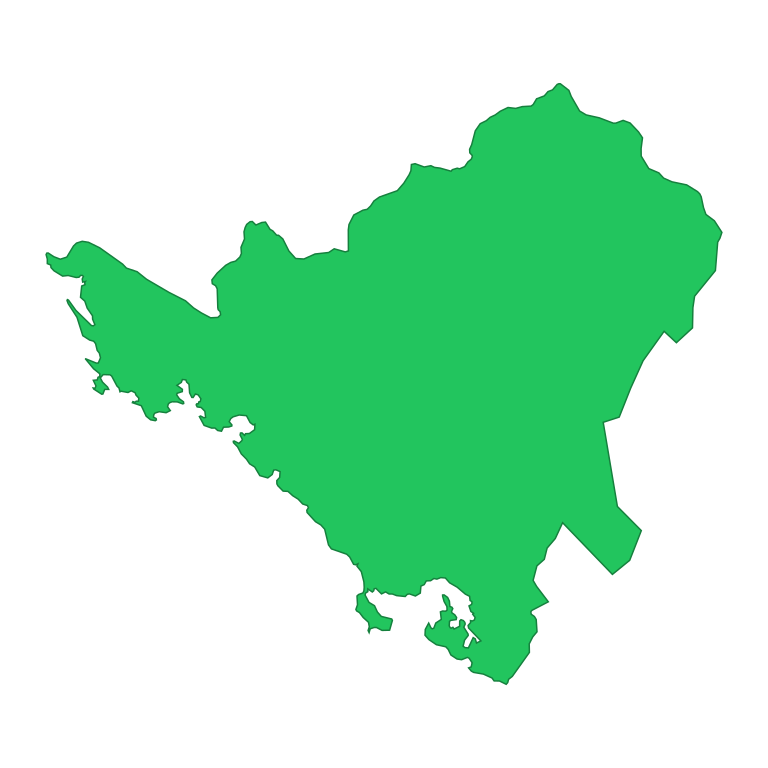 outline of Moho, Puno, Peru
{"feature_id": "86281439B65851578200644", "entity_name": "Moho", "entity_type": "district", "adm_level": 2, "iso_a3": "PER", "parent_name": "Peru", "parent_adm1": "Puno", "projection": "natural_earth1", "projection_center": [-69.471, -15.35], "detail": "fine", "context": "isolated", "style": "filled", "palette": "green", "viewbox_px": 768, "rotation_deg": 0, "n_neighbors": 0, "source": "geoboundaries", "source_scale": "gbopen_adm2", "svg_char_len": 6060}
<svg xmlns="http://www.w3.org/2000/svg" viewBox="0 0 768 768"><path d="M66.8,257.1L60.3,259.2L53.8,256.7L48.2,253.0L46.8,253.1L46.1,254.6L47.3,259.0L47.3,263.6L50.7,265.0L51.0,267.6L54.0,270.8L62.6,276.1L68.2,275.5L76.2,277.5L79.0,277.2L80.6,275.4L82.4,275.4L83.4,276.5L82.2,279.0L82.7,282.1L85.4,281.5L84.7,282.5L85.0,284.7L81.7,286.0L80.5,297.3L84.8,301.1L87.2,308.1L92.5,315.8L92.6,319.2L94.9,324.7L93.2,325.9L91.4,325.5L75.9,310.4L68.5,300.1L67.4,299.6L67.0,300.5L68.2,303.7L77.0,317.3L82.8,335.7L89.7,340.1L93.7,341.2L95.6,343.7L97.2,350.4L99.3,353.0L100.5,357.8L98.3,363.0L96.3,363.1L85.2,358.6L93.6,368.8L99.8,373.8L99.8,376.5L98.0,377.3L97.3,379.9L93.3,380.3L96.0,386.0L95.0,388.3L93.2,388.0L93.7,389.0L101.7,394.2L102.9,394.0L104.7,389.4L108.7,389.4L107.6,387.1L102.5,382.1L100.3,377.9L103.2,374.6L110.0,374.8L111.7,376.1L117.0,386.1L119.0,388.0L120.0,391.8L121.1,391.2L128.0,392.5L131.2,390.8L135.1,392.7L136.0,395.1L138.8,398.1L138.4,401.2L136.2,401.2L135.1,402.3L132.9,401.6L132.4,402.7L141.3,405.7L146.2,416.2L150.6,419.8L155.3,420.7L156.4,419.9L156.1,418.5L153.5,417.2L153.8,414.6L154.9,413.1L159.2,411.7L166.1,412.7L170.3,410.6L167.6,406.8L168.2,404.2L169.5,402.8L172.0,401.8L177.3,401.9L182.8,403.9L183.7,403.5L183.5,401.8L179.4,398.8L176.7,394.9L177.1,393.3L182.3,391.6L182.4,389.3L176.9,385.3L181.3,382.4L182.4,379.5L185.9,379.9L186.6,382.0L189.0,384.3L189.6,392.8L191.8,397.4L193.1,397.5L195.4,394.0L198.2,394.9L200.9,398.8L200.2,401.6L198.8,401.9L198.4,403.7L196.6,403.9L196.2,404.9L197.2,406.9L201.2,407.5L204.9,411.3L205.6,417.4L204.0,417.8L200.6,416.0L199.4,416.6L204.1,425.4L211.7,428.1L214.9,428.0L217.7,430.5L221.5,431.2L223.5,427.2L228.8,427.0L231.8,426.0L231.9,424.9L229.2,421.7L230.8,418.5L233.2,416.8L239.2,415.0L246.5,415.7L250.1,422.5L253.2,424.9L254.9,424.2L254.6,429.7L249.4,433.5L245.5,433.7L244.6,435.4L242.0,432.9L240.5,433.0L240.1,435.0L242.3,439.3L241.9,440.6L238.9,443.4L234.2,441.0L233.3,441.3L233.5,442.7L237.6,446.9L241.3,453.9L246.5,459.2L249.6,463.8L254.7,467.0L259.8,475.6L267.8,477.9L272.2,474.5L273.7,470.1L275.9,469.8L280.1,471.6L279.7,477.4L276.8,480.6L276.9,483.9L277.9,485.8L283.1,491.1L288.0,491.4L292.7,495.7L298.1,499.1L302.7,504.0L307.5,505.6L308.4,507.8L306.8,510.2L307.1,512.5L315.5,521.7L320.8,524.9L324.7,529.2L328.5,544.9L331.4,548.9L346.7,554.2L349.7,557.0L353.6,564.3L355.8,564.8L357.9,563.8L357.0,566.2L361.3,571.6L363.9,581.9L364.2,587.3L363.9,590.9L362.9,593.0L358.6,594.5L357.0,596.0L357.5,604.8L355.9,609.4L356.6,610.9L359.5,612.6L363.2,617.5L368.5,622.3L369.3,626.8L368.1,630.5L369.1,632.6L370.2,628.8L374.1,627.5L376.5,627.5L382.1,630.4L389.6,630.2L392.4,620.4L391.7,619.0L381.3,616.4L377.4,612.0L374.5,605.7L369.0,602.4L365.1,595.1L365.5,593.1L367.8,591.7L367.8,588.9L372.3,592.0L373.7,590.8L374.2,588.7L376.0,588.4L381.5,593.9L385.6,591.9L389.1,594.0L392.4,594.0L396.6,595.6L405.2,596.5L407.3,594.3L409.4,593.9L415.4,596.0L420.3,593.1L420.9,586.1L424.2,584.6L426.3,580.9L430.6,580.7L433.9,578.5L436.9,579.1L440.7,577.6L445.4,578.0L449.6,582.8L457.2,587.2L465.3,594.1L469.6,596.3L470.1,600.5L471.8,601.6L472.0,603.1L471.5,604.5L469.0,605.9L470.9,611.5L473.6,613.3L472.7,614.2L475.1,617.4L474.4,620.0L472.3,621.0L470.5,620.6L470.6,622.6L468.1,625.5L468.6,628.0L480.9,640.9L476.5,643.0L475.3,638.9L473.2,637.6L468.4,647.9L465.0,647.6L463.1,646.2L464.6,640.1L468.2,635.5L468.1,634.1L463.8,627.2L465.2,624.0L464.8,622.3L463.4,620.6L461.0,619.7L459.7,621.0L459.6,626.3L454.1,629.0L452.9,627.3L451.1,628.2L450.2,627.7L449.2,625.8L449.5,621.4L450.7,620.4L456.2,619.6L456.6,617.5L454.8,614.8L451.9,612.8L451.6,611.2L452.8,608.6L451.9,607.2L449.9,606.5L449.4,601.1L447.6,597.4L444.1,594.9L442.6,595.0L442.6,596.1L444.1,601.5L446.9,606.5L447.1,610.0L445.7,611.2L442.6,611.0L440.4,611.9L441.3,619.4L435.8,623.0L433.8,628.2L432.2,628.8L431.0,627.9L428.7,623.1L425.3,629.4L425.0,635.2L428.9,639.6L436.4,644.7L445.8,646.8L448.2,649.4L450.9,655.0L457.0,659.0L461.6,659.7L467.4,657.4L469.1,658.2L472.1,662.7L471.2,666.9L468.6,667.9L471.3,671.1L473.6,672.4L483.4,674.1L492.0,678.0L494.1,680.9L499.5,681.0L506.2,684.3L507.7,682.6L508.6,679.3L512.3,676.4L529.4,652.4L529.2,643.9L532.8,636.8L537.0,631.8L536.2,619.5L534.4,616.5L531.2,614.2L530.8,611.7L532.0,610.3L548.3,601.8L536.6,586.4L533.1,580.4L536.9,565.9L544.3,559.3L547.1,548.1L555.3,538.5L562.6,522.7L612.4,574.4L629.7,560.3L641.3,530.6L617.4,506.5L603.2,422.3L619.2,417.1L630.7,388.1L643.1,360.7L664.1,331.3L676.4,342.7L692.5,327.9L692.9,307.7L694.6,296.2L715.4,270.6L717.7,242.1L719.9,238.3L721.9,232.4L714.4,220.8L705.9,214.4L703.5,207.6L701.2,196.8L699.8,193.9L697.5,191.6L686.7,184.9L671.9,181.8L663.6,178.1L658.9,172.9L648.8,168.6L641.2,156.1L641.1,148.6L642.5,137.8L638.5,131.9L630.1,123.0L623.1,120.4L615.9,123.1L613.4,123.2L599.2,117.8L586.1,114.9L579.6,111.0L571.2,96.4L568.9,90.4L560.4,83.8L559.0,83.7L557.2,84.4L552.5,89.9L548.0,91.6L544.3,95.9L536.6,98.8L533.2,104.5L531.1,106.1L522.3,106.6L515.7,108.4L508.0,107.5L500.3,111.2L495.1,115.0L490.2,117.3L486.3,120.7L480.2,123.7L475.3,130.8L471.7,144.6L469.6,149.3L469.8,152.8L472.2,155.5L472.2,157.0L471.2,159.3L468.1,161.7L464.7,166.6L459.6,168.8L457.2,168.2L452.3,169.7L451.1,171.2L440.1,168.1L434.5,167.4L430.9,165.7L424.2,167.0L415.1,163.7L411.4,164.5L410.9,170.8L409.1,174.8L403.8,183.2L397.3,190.7L379.5,197.0L374.0,200.9L370.6,206.0L367.2,209.3L362.9,210.2L353.8,215.0L349.0,224.5L348.3,229.8L348.4,250.9L345.3,251.9L334.2,248.8L328.7,252.5L315.0,254.0L303.9,259.0L295.6,258.5L288.9,251.0L282.8,238.9L278.6,235.3L276.6,235.2L272.8,230.9L270.0,229.3L265.5,222.1L261.8,222.5L255.9,225.0L252.3,221.5L250.1,221.7L246.7,224.4L245.2,227.4L244.0,231.8L244.5,239.0L241.0,247.3L241.4,253.5L239.9,257.0L235.6,261.1L230.8,262.4L225.7,265.3L217.2,273.1L211.9,279.9L212.3,283.7L215.6,285.7L217.2,288.8L217.8,307.8L218.2,309.7L220.1,311.6L220.6,314.8L217.9,317.4L210.6,317.8L201.5,313.0L193.5,307.9L185.5,300.8L169.0,292.4L146.6,279.3L137.1,271.7L126.4,268.1L122.6,264.1L99.7,247.8L88.5,242.3L82.2,241.3L76.5,243.1L73.5,246.0L66.8,257.1Z" fill="#22c55e" stroke="#15803d" stroke-width="1.5"/></svg>